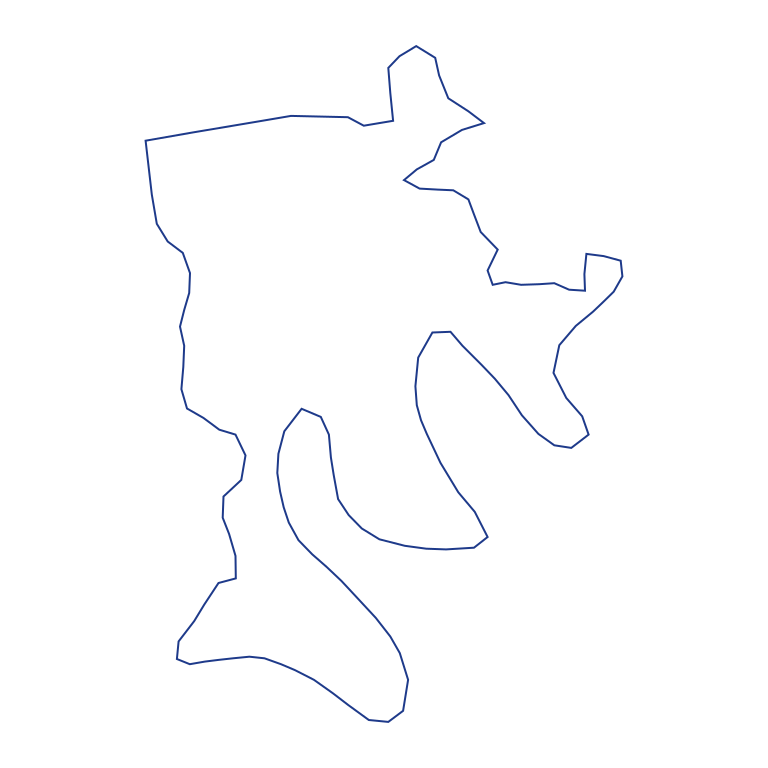 the district of Nova Erechim, Santa Catarina, Brazil
{"feature_id": "56859067B80560515597810", "entity_name": "Nova Erechim", "entity_type": "district", "adm_level": 2, "iso_a3": "BRA", "parent_name": "Brazil", "parent_adm1": "Santa Catarina", "projection": "robinson", "projection_center": [-52.9, -26.913], "detail": "fine", "context": "isolated", "style": "outline", "palette": "blue", "viewbox_px": 768, "rotation_deg": 0, "n_neighbors": 0, "source": "geoboundaries", "source_scale": "gbopen_adm2", "svg_char_len": 1812}
<svg xmlns="http://www.w3.org/2000/svg" viewBox="0 0 768 768"><path d="M348.2,705.0L368.8,720.0L388.3,721.9L403.1,710.8L408.1,679.8L399.8,653.1L390.3,636.5L375.8,617.9L357.9,598.6L341.5,581.0L326.7,567.0L312.2,554.3L298.5,540.2L288.8,522.6L283.7,507.3L280.1,491.6L277.3,473.0L278.4,453.8L284.3,431.3L301.6,408.8L320.8,416.9L328.9,434.6L330.9,457.4L333.7,475.0L338.1,499.1L348.7,515.1L361.8,528.5L379.4,539.3L404.8,545.8L426.3,548.7L446.1,549.4L474.0,547.7L487.6,537.0L474.8,511.9L458.3,492.3L440.5,462.9L426.8,433.9L421.0,420.2L416.8,405.2L415.4,386.3L418.2,357.6L432.4,332.5L450.5,331.8L462.5,345.8L481.8,365.1L494.9,378.8L508.5,395.1L521.9,415.3L538.4,433.9L554.3,445.3L571.3,447.9L588.6,434.6L582.2,416.3L566.3,398.0L553.5,372.9L559.3,345.2L575.8,325.9L593.1,311.6L603.7,301.5L613.7,291.7L622.4,276.4L620.7,260.7L603.7,256.1L586.4,253.9L584.4,274.1L585.0,290.7L569.1,289.7L554.3,283.2L539.2,284.2L521.1,284.8L505.5,282.2L492.7,284.8L487.6,270.5L497.7,249.6L480.7,232.0L474.0,214.4L468.4,199.4L453.3,190.3L437.7,189.6L419.6,188.6L404.0,180.1L416.8,169.4L433.8,159.9L441.1,142.3L462.0,129.9L484.0,123.1L468.4,111.3L448.3,98.3L439.1,75.4L435.2,57.8L416.2,46.1L399.5,56.2L388.3,67.9L390.3,93.0L393.1,120.8L377.5,123.4L363.8,125.7L347.9,117.2L291.0,115.9L258.6,121.4L233.0,125.7L192.5,132.5L145.6,140.7L151.8,194.5L156.8,223.8L167.7,241.5L182.8,252.9L190.0,273.1L189.2,293.0L184.2,310.0L180.0,326.6L184.2,345.8L183.3,367.0L181.4,389.2L187.0,408.5L203.4,417.9L219.3,429.7L235.5,434.6L245.5,455.4L241.3,479.9L223.5,496.5L222.7,517.7L229.1,534.0L235.5,555.9L235.8,578.4L218.5,583.0L204.3,604.5L194.2,621.1L178.6,641.4L176.9,659.0L189.8,664.2L204.8,661.6L218.5,659.9L233.0,658.3L249.4,656.7L264.5,658.3L281.0,664.2L294.9,670.1L313.9,679.8L332.8,693.2L348.2,705.0Z" fill="none" stroke="#1e3a8a" stroke-width="2"/></svg>